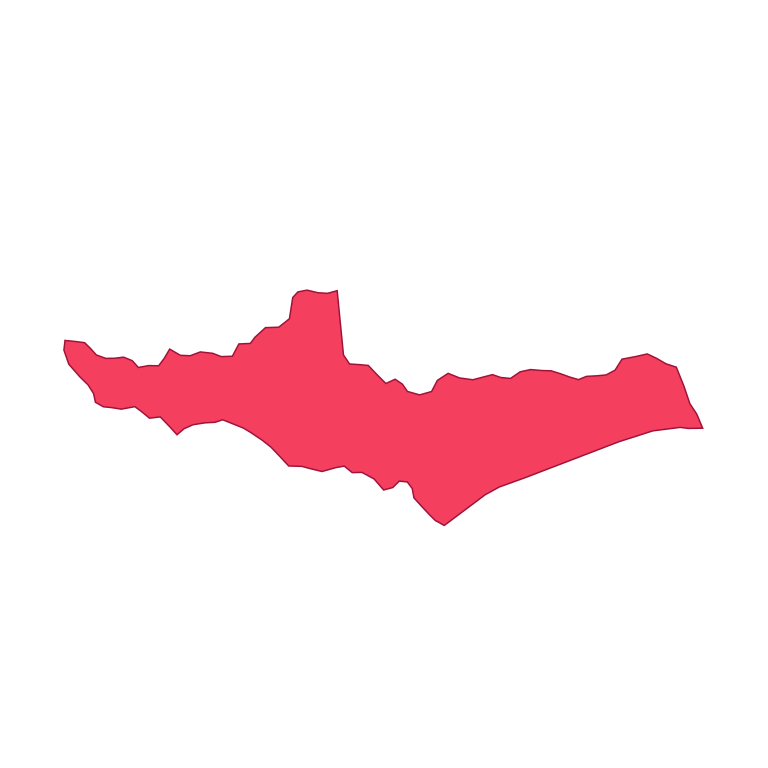 outline of Ruaraka, Nairobi, Kenya, rotated 207°
{"feature_id": "3690345B35970113576502", "entity_name": "Ruaraka", "entity_type": "district", "adm_level": 2, "iso_a3": "KEN", "parent_name": "Kenya", "parent_adm1": "Nairobi", "projection": "mercator", "projection_center": [36.884, -1.246], "detail": "fine", "context": "isolated", "style": "filled", "palette": "rose", "viewbox_px": 768, "rotation_deg": 207, "n_neighbors": 0, "source": "geoboundaries", "source_scale": "gbopen_adm2", "svg_char_len": 1656}
<svg xmlns="http://www.w3.org/2000/svg" viewBox="0 0 768 768"><g transform="rotate(207 384 384)"><path d="M688.0,278.0L684.6,268.9L673.8,258.5L666.2,255.5L658.3,252.3L647.4,248.9L638.4,243.6L632.8,236.7L623.7,236.3L616.0,239.3L606.7,242.3L595.7,250.7L587.9,249.4L577.4,247.1L568.4,253.1L554.8,248.4L545.4,244.8L541.9,253.3L535.7,261.0L525.9,268.1L517.1,273.2L511.5,278.9L489.3,280.9L480.9,280.3L466.9,278.6L456.0,276.4L444.6,272.4L431.7,267.7L419.8,273.3L410.4,275.3L399.5,277.9L389.1,287.5L382.1,292.8L372.1,290.6L363.6,295.2L349.7,294.9L336.2,289.4L329.2,295.7L326.3,304.4L318.8,307.3L311.4,303.7L305.6,296.1L294.5,291.9L284.2,288.2L276.4,285.7L266.1,285.3L243.6,331.2L234.5,344.6L216.0,364.3L148.7,439.0L123.2,464.3L100.4,479.8L92.4,482.7L80.0,489.3L91.7,499.2L102.5,505.3L115.4,517.9L131.2,531.7L142.2,530.0L152.4,530.6L163.1,530.3L172.1,522.8L183.2,514.2L184.4,501.3L190.2,492.9L198.8,487.5L207.1,482.7L212.7,476.2L221.7,474.5L232.0,473.2L241.2,471.6L249.4,467.7L260.0,463.4L268.2,456.7L273.8,446.4L283.0,442.8L291.6,441.6L306.8,428.1L319.4,423.7L331.7,422.6L338.1,411.4L338.2,398.9L347.3,390.5L359.7,388.0L367.5,392.2L376.2,393.3L382.6,385.3L395.2,389.4L406.4,393.4L414.0,390.4L423.8,386.2L433.3,391.5L468.1,445.9L475.4,439.2L484.1,435.4L495.2,432.7L502.5,427.0L504.6,419.7L497.9,399.2L503.6,386.8L515.2,380.4L520.2,367.1L521.5,359.5L531.5,353.8L531.7,339.9L541.5,334.5L550.5,333.6L562.2,329.2L569.5,321.2L578.5,317.1L590.8,317.8L591.5,306.7L593.1,297.9L602.0,293.6L610.4,287.2L618.9,290.5L628.2,289.7L635.8,284.6L643.6,280.5L653.5,279.3L661.3,282.3L669.5,284.9L678.2,281.8L688.0,278.0Z" fill="#f43f5e" stroke="#9f1239" stroke-width="1.5"/></g></svg>